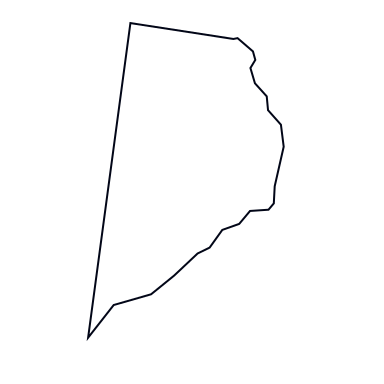 outline of Camp, Texas, United States of America, rotated 98°
{"feature_id": "52423323B72263497206932", "entity_name": "Camp", "entity_type": "district", "adm_level": 2, "iso_a3": "USA", "parent_name": "United States of America", "parent_adm1": "Texas", "projection": "equal_earth", "projection_center": [-94.984, 32.989], "detail": "fine", "context": "isolated", "style": "outline", "palette": "ink", "viewbox_px": 384, "rotation_deg": 98, "n_neighbors": 0, "source": "geoboundaries", "source_scale": "gbopen_adm2", "svg_char_len": 444}
<svg xmlns="http://www.w3.org/2000/svg" viewBox="0 0 384 384"><g transform="rotate(98 192 192)"><path d="M52.4,147.7L44.3,151.2L33.3,168.3L34.7,172.3L33.3,276.5L350.7,274.6L314.8,253.8L299.0,218.3L277.3,198.1L252.1,177.9L244.6,166.8L225.3,156.7L217.0,140.8L202.7,131.9L198.9,113.8L191.9,109.4L174.8,110.9L134.4,107.5L113.0,113.3L100.4,128.1L86.9,131.3L75.6,144.8L61.1,151.4L52.4,147.7Z" fill="none" stroke="#020617" stroke-width="2"/></g></svg>